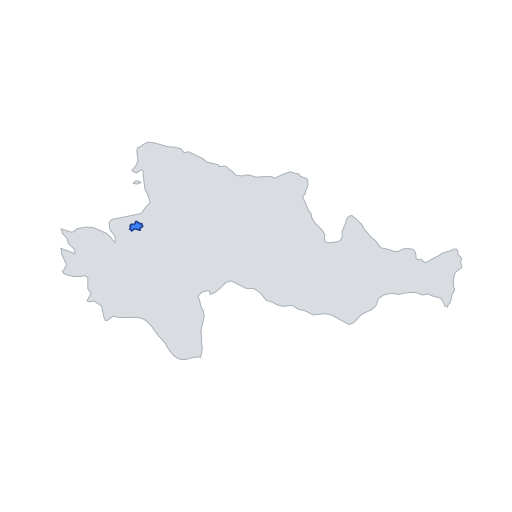 Taedong, P'yŏngan-namdo, North Korea (highlighted), rotated 52°
{"feature_id": "82179303B2846476233094", "entity_name": "Taedong", "entity_type": "district", "adm_level": 2, "iso_a3": "PRK", "parent_name": "North Korea", "parent_adm1": "P'yŏngan-namdo", "projection": "robinson", "projection_center": [125.569, 39.107], "detail": "fine", "context": "in_parent", "style": "filled", "palette": "blue", "viewbox_px": 512, "rotation_deg": 52, "n_neighbors": 0, "source": "geoboundaries", "source_scale": "gbopen_adm2", "svg_char_len": 3905}
<svg xmlns="http://www.w3.org/2000/svg" viewBox="0 0 512 512"><g transform="rotate(52 256 256)"><path d="M301.8,362.4L300.0,363.4L297.0,368.6L294.2,375.2L291.5,378.7L288.3,380.7L284.9,381.9L278.1,382.4L272.0,381.9L270.0,381.2L261.5,381.6L259.2,382.1L247.0,381.6L240.7,382.1L236.7,383.4L232.6,386.1L229.1,390.1L226.0,394.4L219.7,402.2L215.2,406.0L215.3,411.5L215.2,413.2L213.6,414.4L213.1,413.9L210.5,413.5L200.1,408.4L191.7,411.5L189.5,415.5L187.3,416.8L183.9,408.9L178.3,408.7L169.5,401.8L165.8,403.2L164.8,406.0L160.0,412.3L153.2,417.6L151.1,418.3L148.6,417.9L148.9,416.5L146.2,410.6L135.6,408.2L131.7,405.7L129.8,405.1L140.2,398.6L142.9,397.4L140.9,395.9L138.7,395.1L130.1,396.1L125.7,394.0L119.2,394.6L114.7,392.9L124.0,386.5L124.5,382.7L124.4,379.8L129.1,371.3L133.9,366.5L146.2,359.8L151.6,358.9L155.4,359.2L158.6,358.5L155.3,356.0L152.0,354.8L145.6,355.0L139.1,351.2L138.5,347.1L151.3,321.3L151.5,319.0L149.5,312.7L148.8,306.6L139.7,303.1L135.7,302.7L123.9,295.8L119.3,292.3L117.4,293.4L117.1,298.9L115.4,300.1L112.3,301.2L110.8,294.9L108.3,290.3L100.5,285.7L97.8,283.1L99.1,277.6L98.5,277.1L99.7,271.0L104.5,266.3L116.2,257.8L119.2,253.9L125.2,249.2L127.8,249.3L130.6,248.9L131.4,246.9L132.0,245.3L134.4,243.9L140.1,241.3L146.6,237.9L151.7,237.0L158.0,231.9L160.6,229.7L163.2,229.7L163.9,228.6L165.3,226.0L167.3,224.3L170.1,224.0L174.7,222.7L180.4,222.0L184.3,217.7L185.6,214.7L188.2,211.3L193.7,207.7L197.4,202.3L201.5,196.5L203.5,194.6L205.5,194.2L206.6,192.0L207.9,185.8L209.8,179.7L210.9,176.9L215.7,173.8L216.9,172.2L218.0,171.7L220.2,172.1L223.2,170.3L226.0,168.3L228.6,169.0L231.2,170.7L233.9,174.0L235.1,176.7L237.3,178.9L237.7,182.2L239.9,183.6L244.5,184.3L252.0,186.5L256.8,186.6L259.6,188.3L265.4,189.2L276.9,187.9L281.6,188.7L283.6,190.7L286.6,192.3L288.5,192.4L291.0,189.6L293.7,185.1L295.5,181.7L295.3,178.9L293.7,176.0L289.9,173.3L287.4,169.0L284.9,164.6L283.5,163.2L282.3,161.1L282.1,157.8L282.9,155.6L288.6,154.2L295.9,153.3L301.9,154.2L311.9,153.6L317.9,152.4L322.5,152.6L326.6,152.5L328.5,150.7L334.2,146.2L337.0,144.6L340.0,141.5L340.5,138.3L341.0,135.7L342.7,133.0L345.7,129.5L348.3,128.0L351.2,128.2L354.2,129.7L356.2,131.3L358.4,130.9L360.1,128.2L361.3,127.7L364.8,127.4L365.8,125.8L367.0,117.9L368.3,111.7L368.5,107.3L371.4,100.1L372.3,95.8L374.1,93.7L376.2,93.9L378.0,95.2L380.3,95.9L383.3,95.2L385.4,96.3L386.8,98.7L391.2,100.3L391.7,101.4L391.7,109.3L394.2,112.9L397.5,116.2L402.1,119.3L404.4,119.9L405.9,122.1L407.4,125.8L410.6,129.4L412.4,132.1L412.7,134.8L414.2,136.4L411.7,138.0L408.4,137.0L402.8,136.4L395.8,141.8L391.9,143.7L389.2,148.9L383.7,152.1L380.8,155.4L376.9,161.2L374.4,166.8L368.6,172.5L365.2,179.7L365.1,185.9L369.1,192.2L369.5,197.5L367.0,208.6L368.7,220.3L367.2,224.9L348.8,232.9L344.1,236.9L337.5,247.3L329.2,251.2L324.2,255.4L317.1,257.9L312.6,265.3L307.6,269.4L301.7,271.9L297.3,275.2L287.3,275.4L280.3,277.7L275.3,283.8L260.3,290.9L258.3,296.2L259.3,304.4L259.5,310.7L258.2,315.8L254.9,314.4L253.1,316.1L251.2,320.9L251.8,326.3L257.0,328.1L261.2,330.3L267.2,331.4L271.6,334.0L281.1,345.5L288.9,350.5L290.9,352.4L295.3,354.9L299.4,358.9L301.8,362.4ZM125.8,306.0L122.9,307.8L122.8,304.6L125.0,302.0L127.3,301.6L125.8,306.0Z" fill="#d9dde1" stroke="#a8b0b8" stroke-width="1"/><path d="M159.8,338.5L159.8,338.0L159.8,337.2L159.7,335.8L159.7,335.3L159.8,335.1L160.0,334.9L160.5,334.4L162.3,333.0L164.0,331.9L164.2,331.7L164.3,331.6L164.3,331.3L164.1,331.1L163.4,330.8L162.7,330.3L162.6,330.1L163.0,328.4L163.0,327.9L163.0,327.6L162.8,327.2L162.7,326.7L161.6,326.7L160.6,326.4L160.1,326.1L159.6,326.9L159.2,327.6L158.9,327.9L158.4,327.7L157.9,327.7L157.3,328.1L156.3,328.4L155.6,328.7L155.1,328.9L154.9,329.0L154.8,329.7L155.1,330.2L155.9,330.7L156.2,331.2L155.9,332.4L154.9,333.9L154.1,334.7L154.2,335.2L154.4,336.2L155.0,336.9L155.4,336.5L156.4,337.5L157.0,339.0L157.8,338.7L159.8,338.5Z" fill="#3b82f6" stroke="#1e3a8a" stroke-width="1.5"/></g></svg>